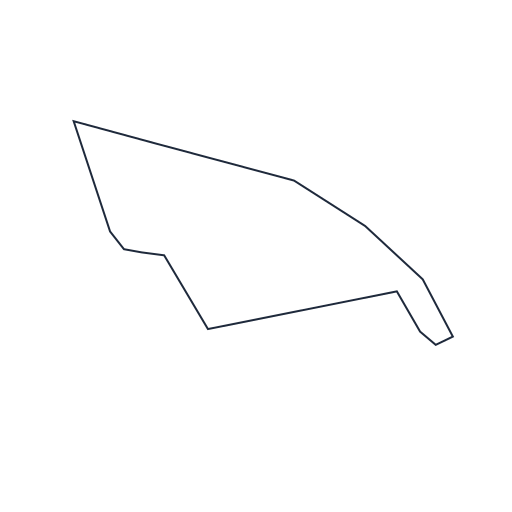 Dong-gu [East District], Incheon, South Korea (Mercator projection), rotated 15°
{"feature_id": "91817680B43546326994356", "entity_name": "Dong-gu [East District]", "entity_type": "district", "adm_level": 2, "iso_a3": "KOR", "parent_name": "South Korea", "parent_adm1": "Incheon", "projection": "mercator", "projection_center": [126.645, 37.474], "detail": "fine", "context": "isolated", "style": "outline", "palette": "slate", "viewbox_px": 512, "rotation_deg": 15, "n_neighbors": 0, "source": "geoboundaries", "source_scale": "gbopen_adm2", "svg_char_len": 356}
<svg xmlns="http://www.w3.org/2000/svg" viewBox="0 0 512 512"><g transform="rotate(15 256 256)"><path d="M228.5,339.0L401.2,253.7L434.1,286.6L452.6,295.3L467.0,282.9L423.1,235.4L353.7,198.8L273.2,173.3L185.5,173.3L130.7,173.3L45.0,173.0L108.7,270.1L126.7,283.6L144.7,282.1L167.1,279.1L228.5,339.0Z" fill="none" stroke="#1e293b" stroke-width="2"/></g></svg>